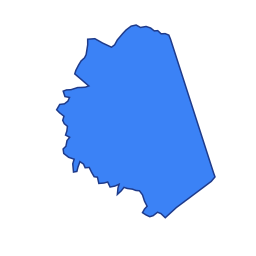 outline of Brejão, Pernambuco, Brazil, rotated 343°
{"feature_id": "56859067B36734598843882", "entity_name": "Brejão", "entity_type": "district", "adm_level": 2, "iso_a3": "BRA", "parent_name": "Brazil", "parent_adm1": "Pernambuco", "projection": "robinson", "projection_center": [-36.553, -9.03], "detail": "fine", "context": "isolated", "style": "filled", "palette": "blue", "viewbox_px": 256, "rotation_deg": 343, "n_neighbors": 0, "source": "geoboundaries", "source_scale": "gbopen_adm2", "svg_char_len": 1269}
<svg xmlns="http://www.w3.org/2000/svg" viewBox="0 0 256 256"><g transform="rotate(343 128 128)"><path d="M137.4,224.7L151.0,218.2L183.5,206.5L192.0,203.4L196.9,200.2L196.7,196.3L195.3,102.6L194.9,74.7L194.6,55.3L194.2,51.1L191.1,48.6L187.2,47.6L184.9,43.6L181.5,42.8L178.9,39.0L175.0,36.2L169.3,35.5L165.9,31.9L160.8,31.5L154.8,33.7L150.5,36.2L143.6,40.6L139.5,44.6L135.8,45.9L132.4,42.8L128.4,39.2L125.6,36.2L122.4,32.9L115.4,31.3L113.8,36.6L109.4,45.6L106.9,48.2L102.8,50.1L99.2,53.3L95.0,57.6L92.9,60.7L102.8,76.3L99.2,76.5L95.7,75.7L91.7,74.6L84.7,74.7L80.3,73.6L76.8,73.8L76.9,79.5L81.0,81.7L78.4,84.7L74.3,86.3L69.6,85.5L65.1,89.7L67.0,93.4L70.2,98.0L67.8,101.6L68.3,105.2L70.6,108.7L68.6,113.1L66.2,116.5L69.5,119.8L66.0,122.2L63.3,127.3L59.8,129.1L59.1,133.6L62.7,138.7L67.4,142.1L64.7,146.1L63.0,154.2L66.4,154.6L68.7,150.8L72.2,146.1L74.9,149.5L75.4,153.5L79.4,154.4L80.2,159.6L81.4,164.7L84.4,166.1L83.9,172.5L89.0,173.6L92.8,173.7L93.6,179.2L98.4,179.7L103.0,179.2L100.9,182.4L98.4,188.4L103.0,186.2L106.8,183.6L109.6,185.6L114.4,187.8L117.2,190.0L120.6,191.4L122.3,196.2L122.4,202.7L123.4,208.4L120.0,210.4L117.1,213.2L119.8,216.4L122.9,219.2L126.4,219.2L131.6,217.2L134.5,219.5L137.4,224.7Z" fill="#3b82f6" stroke="#1e3a8a" stroke-width="1.5"/></g></svg>